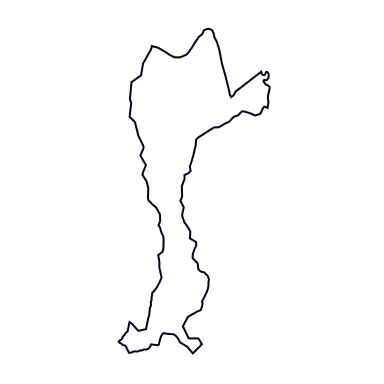 Ayedade, Osun, Nigeria (Equal Earth projection), rotated 174°
{"feature_id": "59680162B94327255764727", "entity_name": "Ayedade", "entity_type": "district", "adm_level": 2, "iso_a3": "NGA", "parent_name": "Nigeria", "parent_adm1": "Osun", "projection": "equal_earth", "projection_center": [4.304, 7.34], "detail": "fine", "context": "isolated", "style": "outline", "palette": "ink", "viewbox_px": 384, "rotation_deg": 174, "n_neighbors": 0, "source": "geoboundaries", "source_scale": "gbopen_adm2", "svg_char_len": 3399}
<svg xmlns="http://www.w3.org/2000/svg" viewBox="0 0 384 384"><g transform="rotate(174 192 192)"><path d="M108.0,267.8L107.5,269.9L106.6,273.2L106.6,275.4L106.6,277.4L106.6,278.1L106.2,280.3L105.6,281.7L104.9,284.2L104.2,286.0L103.9,288.5L105.2,290.0L107.2,291.1L108.5,292.9L108.9,293.8L109.4,294.8L108.5,296.0L107.3,295.5L105.9,295.5L104.2,297.2L103.5,299.8L103.5,301.5L104.4,303.3L105.7,303.7L106.8,301.8L107.5,300.8L109.0,300.9L110.2,302.0L110.5,304.5L110.7,304.4L114.0,302.2L121.7,297.5L131.2,291.6L138.2,287.3L140.3,284.0L143.1,282.3L144.0,284.2L144.6,289.2L144.8,291.0L146.6,303.9L148.8,316.5L150.0,330.6L151.7,339.1L153.6,343.6L153.7,345.6L153.9,347.1L154.8,350.4L156.0,351.3L157.1,352.1L158.1,352.6L159.7,352.6L161.1,352.3L163.3,351.5L165.1,348.2L166.8,346.9L169.2,345.4L170.3,344.1L172.0,341.9L173.7,340.0L174.8,338.5L176.0,336.9L177.0,335.6L178.4,334.1L180.5,331.5L181.9,330.3L183.4,329.0L185.0,328.7L186.4,328.1L188.0,327.7L189.9,327.2L191.1,327.2L193.0,327.5L195.1,327.8L195.4,327.8L200.7,331.3L202.3,332.9L210.0,338.6L212.6,339.9L213.4,340.1L215.4,340.8L216.6,341.4L217.7,338.3L227.2,325.0L230.5,313.3L240.7,307.6L244.1,290.6L243.1,287.2L246.2,273.3L241.4,267.5L239.5,253.7L237.4,247.9L236.1,244.5L235.6,242.8L235.6,240.7L239.5,233.7L235.0,223.4L238.9,216.3L239.4,213.9L238.3,211.8L236.0,207.5L235.1,200.4L235.9,194.4L236.4,191.2L236.2,188.3L233.6,185.2L233.2,184.6L232.9,184.2L229.3,180.4L227.6,176.4L226.2,172.9L226.7,166.5L228.8,162.2L227.5,160.1L227.0,156.3L225.3,150.8L225.2,147.7L226.3,139.0L227.5,135.6L232.2,132.7L231.7,125.5L232.4,120.6L231.2,110.0L233.8,105.4L236.9,100.8L241.1,96.5L241.9,96.2L243.3,90.8L243.2,90.3L243.5,88.8L244.5,86.9L244.6,83.5L246.0,81.1L247.2,75.1L247.9,72.8L248.8,70.7L252.1,60.4L254.1,60.2L259.9,59.5L265.8,67.6L267.8,69.1L270.5,60.4L273.0,58.3L274.7,56.3L275.8,55.6L276.4,54.2L277.6,52.8L279.5,51.8L280.5,51.0L280.3,50.3L280.1,50.0L279.3,49.3L279.0,49.2L278.7,49.1L278.2,48.7L277.9,48.4L277.5,47.7L277.0,47.3L276.6,47.1L276.3,46.9L275.3,46.6L274.6,46.1L273.7,45.0L273.1,43.0L272.3,40.8L271.6,38.9L271.3,38.5L270.7,38.7L268.7,38.7L267.3,39.3L266.9,39.6L262.6,39.0L260.7,39.7L260.0,39.9L258.4,39.6L257.5,39.9L256.8,40.2L256.3,40.4L255.9,40.4L254.6,40.1L253.7,40.2L252.8,40.4L252.4,40.3L250.2,42.0L248.5,44.7L242.0,43.2L240.9,43.8L239.3,48.6L237.3,52.6L235.3,54.6L231.3,53.5L229.5,53.2L224.9,52.3L222.1,49.5L219.4,43.5L213.1,38.8L208.3,31.8L208.0,31.4L198.3,39.4L198.1,39.7L201.0,45.7L210.6,46.8L215.1,59.4L209.1,68.3L199.0,72.7L195.7,73.6L194.0,77.1L193.1,80.0L193.6,82.0L191.0,85.8L190.2,87.2L188.0,90.6L187.5,91.5L186.8,93.1L186.3,94.3L185.4,97.0L185.1,100.2L184.3,103.4L185.0,106.6L188.1,110.7L191.7,112.0L193.8,114.6L193.8,120.4L198.3,126.2L197.7,130.0L195.9,134.2L193.3,138.6L193.3,142.0L198.9,146.0L197.8,152.8L198.6,154.8L200.0,157.6L201.6,160.9L202.7,162.5L203.8,166.9L204.3,170.0L201.8,177.6L204.5,184.6L202.3,188.3L201.9,193.3L201.5,198.8L198.0,205.9L197.7,209.7L193.6,211.0L191.2,213.1L191.4,218.0L190.0,220.6L189.9,220.8L188.5,224.2L187.0,228.0L185.0,233.6L183.6,237.5L182.9,241.0L182.5,243.3L180.2,245.6L176.0,247.5L172.5,249.4L167.8,251.8L163.1,253.9L158.7,253.6L156.2,254.7L152.1,256.6L147.6,257.9L144.9,260.6L142.5,262.4L138.0,263.5L135.8,265.5L133.8,267.0L131.9,266.7L129.4,265.7L126.6,264.5L124.1,263.2L121.5,261.5L118.7,261.9L115.8,262.7L113.1,267.2L111.2,269.4L108.0,267.8Z" fill="none" stroke="#020617" stroke-width="2"/></g></svg>